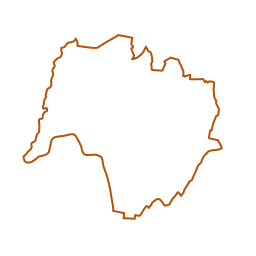 Hoa Thanh, Tây Ninh, Vietnam (Natural Earth projection), rotated 12°
{"feature_id": "81297802B16996300923424", "entity_name": "Hoa Thanh", "entity_type": "district", "adm_level": 2, "iso_a3": "VNM", "parent_name": "Vietnam", "parent_adm1": "Tây Ninh", "projection": "natural_earth1", "projection_center": [106.139, 11.258], "detail": "fine", "context": "isolated", "style": "outline", "palette": "amber", "viewbox_px": 256, "rotation_deg": 12, "n_neighbors": 0, "source": "geoboundaries", "source_scale": "gbopen_adm2", "svg_char_len": 5664}
<svg xmlns="http://www.w3.org/2000/svg" viewBox="0 0 256 256"><g transform="rotate(12 128 128)"><path d="M130.7,212.1L141.9,212.1L142.5,217.1L147.4,216.3L152.8,215.5L153.4,215.4L153.3,211.7L154.7,211.6L156.1,211.6L157.3,211.5L157.6,211.4L157.9,211.0L158.3,210.3L160.5,204.1L161.7,201.3L162.2,200.7L162.7,200.5L163.3,200.6L163.8,200.9L164.5,201.6L164.8,201.8L165.2,201.4L165.7,200.3L166.5,198.4L166.8,197.8L166.9,197.0L167.5,195.6L169.1,193.5L171.1,191.6L172.0,191.2L172.5,191.1L173.6,191.2L175.0,191.9L177.6,194.0L179.0,195.5L179.7,196.3L179.8,196.3L180.4,196.0L181.7,195.6L182.6,195.5L183.1,195.1L184.6,193.8L184.7,192.6L185.2,191.4L185.6,190.2L186.0,188.7L186.1,188.2L187.4,186.2L188.1,185.0L188.6,183.9L189.6,181.5L190.4,180.4L194.0,183.2L194.7,181.8L195.2,180.8L195.6,179.8L195.8,178.8L196.0,176.5L196.1,175.9L196.6,175.1L196.8,174.2L197.1,173.5L197.6,172.3L198.7,169.4L199.0,168.6L199.2,167.5L199.4,167.2L199.6,167.0L200.2,166.7L200.9,166.1L201.1,165.9L201.3,165.6L201.6,164.2L201.7,163.8L202.1,161.4L202.7,158.9L203.0,157.4L203.2,156.5L203.6,154.3L203.8,153.1L204.3,150.6L204.5,150.0L204.8,149.4L205.4,148.4L206.3,147.2L206.5,146.9L206.8,146.3L206.9,145.8L206.8,144.6L207.0,143.7L207.1,143.4L207.3,142.6L208.2,139.6L208.6,138.7L209.7,137.2L211.2,134.6L211.6,134.1L212.3,133.6L213.9,132.9L215.0,132.3L215.6,132.0L217.5,131.6L219.0,131.1L220.6,130.4L221.6,129.9L222.4,129.4L223.4,128.7L224.0,128.2L221.9,125.1L219.6,122.6L218.4,121.1L215.7,121.2L209.9,121.2L209.1,120.7L208.9,114.4L209.0,113.2L210.2,113.1L210.2,111.2L210.4,106.0L210.5,105.5L210.7,104.1L211.8,97.8L212.9,97.2L213.2,96.9L213.3,96.6L213.4,96.1L213.2,91.3L212.2,89.4L209.6,86.3L209.0,85.5L208.9,84.6L208.6,83.1L207.7,82.0L206.6,80.9L205.9,79.8L205.8,79.2L205.4,78.3L204.9,76.1L204.3,74.6L203.7,72.3L203.3,69.3L203.1,68.0L202.9,66.2L202.8,65.7L202.5,65.4L201.5,65.1L200.1,65.3L198.2,65.4L197.8,65.5L197.0,66.4L196.5,67.0L194.5,66.0L193.8,67.0L191.7,65.0L191.3,64.7L190.7,64.5L188.4,65.3L184.2,66.2L180.1,67.2L178.5,67.3L178.0,64.4L177.8,63.4L177.6,63.1L177.2,63.2L175.8,64.0L174.9,64.6L174.4,64.8L173.5,65.1L173.4,65.2L173.1,65.6L173.0,65.8L172.8,65.9L172.7,65.9L172.5,65.5L172.4,65.3L172.2,65.3L171.1,65.5L170.5,61.2L166.1,55.0L163.0,50.8L155.1,50.3L154.1,51.2L150.5,54.5L149.7,55.4L150.4,56.1L151.2,57.2L151.1,57.8L150.4,61.2L149.8,64.6L149.2,64.8L145.5,65.4L139.6,66.2L139.1,65.9L138.3,63.0L137.3,60.6L137.3,60.1L137.4,59.6L137.9,58.8L138.0,58.3L137.2,55.3L136.0,52.1L134.9,50.0L133.9,49.0L133.1,48.9L132.4,48.8L131.7,48.5L129.9,46.2L128.7,45.0L128.1,46.7L127.3,50.3L125.6,53.4L124.0,55.4L122.2,57.3L120.4,58.6L119.2,59.4L118.7,59.6L118.1,59.7L117.8,59.6L117.8,59.3L118.2,58.9L118.3,58.7L118.5,58.4L118.7,57.2L118.8,55.9L116.4,52.3L115.4,50.9L114.8,49.7L115.0,49.2L115.9,48.2L115.9,47.3L115.6,46.8L114.2,45.9L113.9,45.1L113.6,43.6L113.5,39.3L113.5,38.9L107.3,38.9L105.1,38.9L101.9,39.1L100.1,39.2L99.1,39.1L97.9,40.4L93.9,44.1L90.4,47.2L84.1,53.1L82.1,55.3L81.4,55.7L80.4,56.2L79.4,56.5L75.6,57.1L69.8,57.6L67.9,57.8L62.2,58.1L61.4,58.1L61.2,56.2L60.8,54.8L60.3,53.6L58.3,51.7L57.5,53.7L56.9,54.6L54.6,55.9L52.5,56.7L52.0,56.9L51.6,57.2L51.1,57.7L50.8,58.4L50.1,60.0L49.5,61.2L48.8,62.1L47.8,62.8L46.2,63.5L46.4,64.8L46.6,66.0L46.7,66.5L47.7,68.3L48.0,69.3L47.9,69.9L47.5,71.4L47.5,71.7L47.3,72.3L47.1,72.7L45.3,74.0L44.4,74.9L43.4,76.2L42.8,77.1L42.1,78.4L41.9,79.1L41.8,79.7L41.8,79.9L42.0,80.3L42.2,80.7L42.6,81.3L43.2,81.8L43.4,82.2L43.4,82.5L43.3,83.3L42.9,84.3L42.4,85.2L42.2,86.3L42.1,86.9L42.1,87.9L42.3,88.2L42.7,88.8L43.4,90.2L43.6,90.8L43.7,91.4L43.7,92.0L43.7,92.5L43.6,92.9L43.4,93.6L43.1,94.8L42.9,96.4L42.9,97.1L42.9,97.5L43.0,98.1L43.8,100.4L43.9,100.9L44.0,102.2L43.8,103.3L43.7,103.8L43.4,104.3L43.1,104.7L42.9,105.0L42.6,105.3L41.8,105.8L41.3,106.4L40.8,107.4L40.8,107.7L40.8,108.2L40.8,109.1L40.9,109.7L40.8,110.3L40.7,111.0L40.6,112.5L40.8,113.4L41.3,114.3L41.4,114.7L41.3,115.4L41.1,115.8L40.9,116.3L40.5,117.6L40.4,118.2L40.4,118.8L40.4,119.3L40.4,119.9L40.5,120.6L40.5,121.3L40.7,121.9L40.7,122.5L40.6,123.2L40.3,124.2L40.3,124.6L40.5,125.6L40.8,126.3L41.2,126.5L41.5,126.6L41.8,126.6L42.6,126.3L43.7,125.5L43.9,125.4L44.1,125.4L44.3,125.6L44.6,125.9L44.8,126.3L45.1,127.1L45.2,127.7L45.2,128.0L45.0,128.3L44.8,128.6L44.0,129.1L43.3,129.8L42.8,130.5L42.5,131.2L42.3,132.1L42.1,132.8L42.1,133.4L42.1,134.1L42.2,134.7L42.3,135.2L42.4,135.9L42.4,136.3L42.3,136.5L42.1,136.6L40.7,137.2L40.0,137.4L39.6,137.7L39.5,138.0L39.4,138.3L39.4,138.9L39.5,139.7L39.6,140.4L39.8,141.0L40.2,142.0L40.5,142.7L40.8,144.1L41.5,147.7L41.7,149.1L41.7,150.0L41.6,151.0L41.4,151.5L40.7,152.4L40.5,152.7L40.3,153.4L40.2,154.2L40.1,156.1L40.1,156.8L40.1,158.9L40.0,159.5L39.9,159.7L39.6,160.2L39.1,160.8L37.2,162.5L36.9,162.9L36.8,163.1L36.8,163.4L36.8,163.8L37.6,166.3L37.7,166.7L37.7,167.4L37.5,168.1L37.2,168.8L36.2,170.7L35.1,172.0L34.9,172.5L34.7,173.0L33.6,175.0L32.4,176.7L31.8,177.7L32.0,178.4L32.5,179.8L33.6,181.6L34.8,182.4L35.9,182.7L37.0,182.7L38.2,182.4L39.2,182.0L40.3,181.5L41.6,180.4L43.0,179.0L44.4,177.3L46.3,175.0L47.1,174.2L49.1,173.4L50.8,172.6L51.9,172.0L53.7,170.7L55.1,169.0L55.5,168.0L55.6,166.9L55.7,165.5L55.7,157.5L55.7,155.8L56.5,154.2L57.3,153.1L58.2,152.3L59.6,151.7L63.0,150.3L65.9,149.4L67.6,148.7L71.8,146.7L74.2,145.8L75.8,145.5L77.2,145.8L78.4,146.6L79.7,147.9L81.2,149.7L82.9,151.6L85.5,155.0L86.4,156.6L88.3,160.5L89.6,162.1L91.3,162.9L92.8,163.1L93.8,163.0L95.6,162.5L101.4,160.9L104.3,161.0L106.5,161.4L108.0,162.1L109.0,163.4L109.6,164.5L110.1,165.9L111.8,170.2L113.3,172.7L115.2,175.8L117.1,178.7L120.8,186.2L122.5,190.0L123.8,192.9L125.5,197.2L126.8,200.8L129.6,207.7L130.6,211.1L130.7,212.1Z" fill="none" stroke="#b45309" stroke-width="2"/></g></svg>